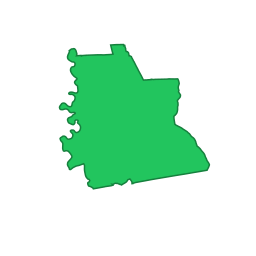 Zvoristea, Suceava, Romania, rotated 210°
{"feature_id": "2599482B58629353331319", "entity_name": "Zvoristea", "entity_type": "district", "adm_level": 2, "iso_a3": "ROU", "parent_name": "Romania", "parent_adm1": "Suceava", "projection": "robinson", "projection_center": [26.291, 47.82], "detail": "fine", "context": "isolated", "style": "filled", "palette": "green", "viewbox_px": 256, "rotation_deg": 210, "n_neighbors": 0, "source": "geoboundaries", "source_scale": "gbopen_adm2", "svg_char_len": 5895}
<svg xmlns="http://www.w3.org/2000/svg" viewBox="0 0 256 256"><g transform="rotate(210 128 128)"><path d="M217.6,165.6L217.0,164.9L216.9,164.7L216.8,164.4L216.5,161.4L216.2,160.1L216.0,159.4L215.5,158.7L215.2,158.3L214.1,157.6L213.8,157.5L213.2,157.4L212.2,157.3L209.5,157.3L209.2,157.4L208.2,158.0L207.6,158.0L206.8,157.8L206.2,157.5L206.0,157.2L205.7,156.6L205.4,155.8L205.3,154.8L205.3,154.5L207.1,152.7L207.3,152.3L207.3,151.5L207.3,150.7L207.0,149.9L206.5,149.0L205.8,148.3L204.8,147.6L203.2,146.7L201.8,146.2L200.5,145.8L197.3,145.5L196.9,145.3L196.7,145.0L196.7,144.6L197.2,142.7L197.3,141.9L197.3,141.4L197.0,140.7L196.7,140.4L195.6,139.8L194.9,139.5L193.1,139.3L192.7,139.1L190.2,135.7L189.7,134.8L189.6,134.1L189.6,133.6L189.7,133.1L190.1,132.6L190.7,132.2L191.5,131.8L193.7,131.3L194.7,130.9L195.5,130.4L195.9,130.1L196.4,129.6L196.6,129.2L196.6,128.6L196.6,128.4L196.4,128.1L196.0,127.9L195.7,127.9L195.0,128.1L193.6,129.0L193.0,129.2L192.3,129.3L191.5,129.3L190.5,129.0L189.6,128.6L189.3,128.2L188.7,127.3L188.5,126.7L188.2,125.5L188.2,124.9L188.3,124.2L188.4,123.8L188.7,123.1L188.8,122.4L188.7,121.8L188.0,119.6L187.9,118.9L188.0,118.3L188.3,117.9L189.0,117.4L189.8,117.1L190.3,117.0L191.5,117.0L193.2,117.5L194.6,117.8L195.2,117.7L195.9,117.6L196.7,117.1L197.2,116.6L197.6,115.9L197.7,114.9L197.7,114.5L197.8,114.2L197.9,113.0L197.8,112.0L197.5,111.4L196.9,110.8L196.3,110.4L195.9,110.3L195.3,110.4L193.9,111.1L193.5,111.4L192.8,112.2L192.1,112.9L191.3,113.4L190.8,113.7L190.1,113.8L189.1,113.8L188.4,113.5L186.6,112.7L185.6,112.7L184.7,112.9L183.4,114.0L182.6,114.5L182.1,114.7L181.5,114.7L181.1,114.5L181.0,114.1L181.0,113.9L181.5,113.1L182.1,112.0L182.3,111.4L182.4,110.1L182.4,109.8L182.8,109.3L183.3,108.7L184.4,107.2L184.6,106.8L184.7,106.3L184.7,105.9L184.7,105.4L184.5,104.9L184.0,104.3L183.1,103.5L182.2,102.9L181.7,102.8L178.3,103.1L177.6,103.3L177.1,103.5L176.8,103.9L176.6,104.4L176.5,104.9L176.5,105.6L176.7,106.3L177.4,107.4L177.5,107.8L177.5,108.2L177.2,108.8L176.4,109.3L175.4,109.6L174.9,109.5L174.7,109.2L174.6,108.7L174.6,107.8L174.5,107.6L174.2,107.3L173.6,107.0L172.1,106.8L171.3,106.5L170.1,105.7L169.6,105.1L169.4,104.8L169.0,104.0L168.8,103.4L168.6,102.6L168.5,101.5L168.7,100.7L168.9,100.0L169.3,99.4L169.8,98.8L170.5,98.2L171.2,98.1L171.9,98.2L173.4,98.8L173.8,98.8L174.4,98.8L175.1,98.4L175.8,98.0L176.2,97.6L176.4,97.0L176.4,96.6L176.2,96.5L175.8,96.1L175.3,95.9L173.3,95.3L172.7,94.9L172.2,94.4L171.8,93.3L171.6,92.3L171.6,91.9L171.7,91.0L172.0,90.5L173.4,88.9L174.0,88.5L174.5,88.3L175.3,88.3L176.1,88.6L177.0,89.0L177.5,89.2L178.7,89.2L179.5,88.9L180.2,88.4L180.4,88.2L181.0,86.7L181.5,85.9L181.6,85.0L181.4,84.8L180.8,84.1L180.1,83.6L179.6,83.3L177.7,82.7L177.3,82.4L176.8,82.0L176.5,81.7L174.4,77.7L173.6,76.8L172.7,76.0L172.3,75.9L171.8,76.0L171.3,76.3L170.4,77.3L169.5,77.7L168.3,78.0L167.0,77.7L165.0,77.0L163.9,76.4L162.8,75.8L162.3,75.2L162.0,74.6L162.0,74.0L162.0,73.3L162.1,72.5L162.5,70.7L162.9,68.8L162.9,68.3L162.8,67.5L162.1,66.0L161.6,65.5L160.6,64.8L159.1,64.1L158.4,63.2L158.1,63.0L157.7,63.0L157.4,63.0L156.9,63.4L155.8,66.2L154.1,68.8L153.5,69.5L151.6,71.2L149.7,73.5L148.5,74.9L147.5,74.2L146.9,73.8L145.2,70.7L144.2,69.2L141.2,65.8L140.0,64.8L139.9,64.7L139.6,64.7L139.0,64.3L137.3,63.7L136.1,64.0L135.3,63.7L134.9,63.5L134.7,62.4L134.8,62.0L134.8,61.8L135.3,61.0L135.4,60.5L135.3,60.1L134.9,59.5L134.2,58.8L133.3,58.2L132.9,58.1L132.4,58.2L131.9,58.4L131.5,58.4L130.4,58.6L130.2,58.6L128.4,58.5L128.0,58.3L127.6,58.0L119.0,65.3L118.4,65.9L113.8,69.5L112.4,71.0L112.9,71.3L113.3,71.4L112.8,71.6L111.5,73.7L110.8,74.1L110.1,74.3L109.6,74.7L109.2,74.8L108.1,74.9L107.6,75.1L106.7,75.1L106.3,75.4L105.1,75.4L105.0,75.5L105.0,75.8L103.1,79.1L102.4,80.6L102.3,81.2L102.3,83.1L101.7,83.8L100.9,84.8L98.7,83.9L97.5,83.1L96.7,81.8L95.9,82.4L96.0,82.7L94.9,83.8L94.3,84.5L86.5,91.1L82.2,94.8L78.0,98.3L62.5,111.1L55.0,117.2L38.4,131.0L38.5,131.8L38.6,134.2L38.8,135.4L39.0,136.5L39.3,137.1L40.7,138.0L43.7,139.5L43.9,139.7L44.0,139.9L44.6,140.4L46.6,141.7L47.8,142.8L48.3,143.2L49.3,143.8L50.2,144.2L52.9,145.1L55.1,146.1L56.3,146.4L57.4,146.7L59.0,146.8L62.1,149.5L62.7,150.2L63.6,150.8L64.5,151.3L64.6,151.5L66.3,152.1L68.9,152.4L72.0,153.8L73.3,153.9L74.7,154.3L75.3,154.4L79.8,154.6L81.4,154.8L82.7,154.8L85.6,154.6L88.2,154.5L89.1,154.8L89.3,154.7L92.8,159.0L93.5,160.1L94.1,160.9L93.8,162.3L93.5,162.9L93.5,163.5L93.3,164.1L93.2,165.1L93.5,166.8L93.8,167.5L94.0,168.2L94.4,169.0L94.7,169.5L95.7,171.2L95.9,172.3L96.2,173.0L97.4,174.9L97.9,175.2L98.4,175.7L98.9,176.4L99.0,176.8L98.8,177.4L98.8,178.1L98.4,179.9L98.3,180.9L98.4,181.4L98.6,181.9L99.0,182.8L100.8,183.8L102.0,184.3L102.3,184.5L102.7,186.0L104.1,187.3L104.9,188.4L105.3,189.5L105.8,191.9L106.2,192.5L107.6,194.0L108.8,195.0L109.5,195.4L112.4,193.6L117.1,191.0L118.9,189.7L123.0,187.2L128.8,183.7L130.5,182.5L130.9,182.4L131.7,182.1L131.8,181.9L132.2,181.8L132.1,181.5L134.4,180.0L134.6,179.9L135.9,178.9L137.3,178.1L138.6,177.2L142.3,179.7L147.7,183.0L149.3,184.1L151.9,185.7L154.3,187.3L155.2,187.9L155.6,188.2L156.8,188.8L158.1,189.7L159.8,190.7L160.8,191.5L162.7,191.4L163.1,191.1L163.5,191.5L165.1,193.3L165.6,193.6L166.2,193.6L166.7,193.8L167.0,193.6L167.3,193.6L167.5,193.4L167.9,193.4L168.9,194.3L169.9,195.8L170.4,196.1L170.8,196.5L171.1,196.7L171.8,197.6L172.3,198.0L172.5,197.8L172.9,197.1L173.7,198.0L180.2,194.1L184.5,191.2L182.1,188.7L180.0,186.5L179.7,186.2L177.9,184.5L179.2,183.4L181.1,182.1L183.3,180.7L185.3,179.3L187.1,178.3L187.6,178.1L189.1,177.2L189.6,176.9L191.2,176.0L193.4,174.6L196.6,172.6L200.9,169.9L200.9,169.7L201.3,169.6L203.8,167.9L204.0,167.4L204.4,167.0L204.9,167.4L208.7,164.8L208.7,165.4L209.0,165.7L209.2,165.9L209.2,166.4L209.4,166.7L211.7,168.9L212.3,169.3L213.5,169.8L214.1,169.8L214.7,169.6L215.4,168.9L216.5,168.1L216.9,167.2L217.1,167.0L217.1,166.4L217.6,165.6Z" fill="#22c55e" stroke="#15803d" stroke-width="1.5"/></g></svg>